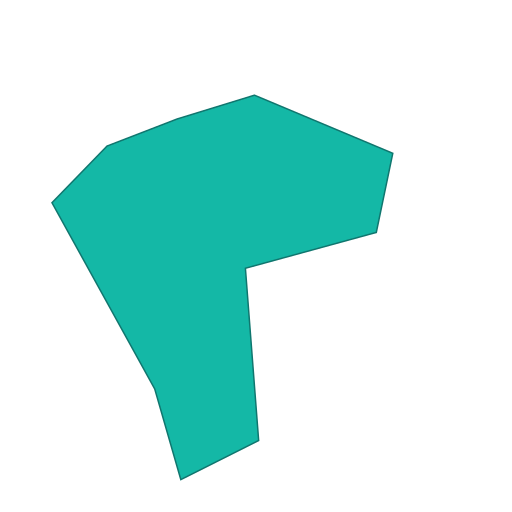 SVG path tracing the border of Glacis, rotated 333°
{"feature_id": "SYC-5209", "entity_name": "Glacis", "entity_type": "state/province", "adm_level": 1, "iso_a3": "SYC", "parent_name": "Seychelles", "parent_adm1": "", "projection": "natural_earth1", "projection_center": [55.444, -4.574], "detail": "fine", "context": "isolated", "style": "filled", "palette": "teal", "viewbox_px": 512, "rotation_deg": 333, "n_neighbors": 0, "source": "natural_earth", "source_scale": "10m", "svg_char_len": 298}
<svg xmlns="http://www.w3.org/2000/svg" viewBox="0 0 512 512"><g transform="rotate(333 256 256)"><path d="M87.5,421.1L105.4,328.5L98.4,115.9L173.2,90.4L248.0,98.1L327.6,112.0L424.5,226.6L373.9,289.6L241.0,262.1L174.6,421.6L87.5,421.1Z" fill="#14b8a6" stroke="#0f766e" stroke-width="1.5"/></g></svg>